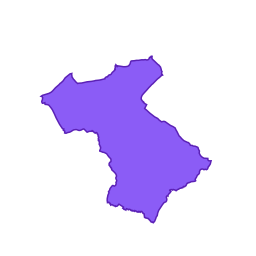 Mueang Sukhothai, Sukhothai, Thailand (Mercator projection), rotated 219°
{"feature_id": "78962969B37959209018419", "entity_name": "Mueang Sukhothai", "entity_type": "district", "adm_level": 2, "iso_a3": "THA", "parent_name": "Thailand", "parent_adm1": "Sukhothai", "projection": "mercator", "projection_center": [99.745, 17.015], "detail": "fine", "context": "isolated", "style": "filled", "palette": "violet", "viewbox_px": 256, "rotation_deg": 219, "n_neighbors": 0, "source": "geoboundaries", "source_scale": "gbopen_adm2", "svg_char_len": 5641}
<svg xmlns="http://www.w3.org/2000/svg" viewBox="0 0 256 256"><g transform="rotate(219 128 128)"><path d="M42.8,154.8L43.8,153.9L44.6,153.4L45.2,153.4L46.0,153.6L46.8,154.6L50.0,152.3L52.1,152.0L53.7,152.1L54.6,152.3L56.7,153.2L57.2,153.8L58.0,155.1L59.8,155.8L61.2,156.8L61.8,156.9L63.0,156.5L64.4,156.1L65.6,155.2L66.1,155.0L67.1,154.9L68.6,153.8L70.1,154.5L71.9,154.7L72.6,154.3L76.6,153.3L79.4,153.5L80.4,153.6L80.8,153.8L82.8,154.0L83.3,154.0L87.6,156.0L89.7,156.8L91.4,157.7L94.0,157.4L96.7,156.7L103.0,156.3L104.3,155.8L105.9,153.9L108.9,153.8L110.9,154.1L114.4,153.4L120.7,153.3L124.9,153.6L127.3,153.6L128.2,157.9L129.9,157.6L132.1,157.6L132.1,158.0L134.1,158.1L136.0,158.8L137.0,160.3L137.6,162.2L137.6,164.4L137.3,169.3L137.2,172.7L137.0,174.5L136.9,176.8L136.6,177.7L136.0,184.2L135.6,186.3L135.4,186.8L135.0,190.0L134.4,190.9L135.2,191.2L135.8,191.0L136.8,192.4L137.0,193.2L138.5,193.8L139.0,194.4L141.1,195.8L143.6,196.3L144.9,196.2L149.3,196.6L152.5,196.8L153.0,197.1L153.6,197.6L154.4,198.9L154.9,198.6L155.2,198.2L155.2,197.9L154.8,197.2L155.7,196.4L155.2,195.2L155.3,193.9L155.6,193.3L156.3,192.6L157.7,192.0L158.5,191.0L160.4,189.5L162.4,187.2L164.0,185.9L165.5,184.2L167.6,182.2L167.7,181.9L167.6,181.1L166.8,179.3L166.7,178.3L166.6,177.0L167.1,175.7L168.4,174.2L169.9,172.9L174.5,170.2L174.8,169.8L174.9,169.0L175.1,168.8L175.8,169.0L175.8,169.5L176.2,169.3L177.2,169.5L177.0,169.0L177.2,168.9L177.2,168.6L176.8,168.1L176.5,167.4L175.8,166.9L175.4,165.6L174.8,165.5L174.7,165.0L174.7,164.7L174.9,164.5L174.8,163.4L175.2,161.3L175.0,159.0L175.1,158.5L176.1,157.3L176.3,156.1L176.1,154.9L177.0,154.1L177.2,153.3L177.3,152.2L176.9,151.7L177.4,151.1L179.8,147.9L180.7,146.9L183.3,144.3L183.6,143.7L185.7,141.3L188.9,138.1L192.3,133.8L194.5,131.8L195.1,130.9L197.7,131.0L200.0,131.5L200.9,131.5L202.5,132.1L203.4,132.3L205.7,134.4L206.0,135.0L207.1,133.6L208.4,127.5L208.1,123.8L208.5,120.8L208.8,120.2L208.9,118.1L209.7,113.6L209.9,109.5L210.2,107.6L211.2,105.2L215.0,99.6L215.5,97.9L214.3,98.3L213.4,97.9L212.3,96.0L212.0,94.9L211.7,94.3L211.1,93.8L210.3,93.4L210.0,93.4L209.7,93.7L208.6,95.3L208.2,94.8L207.3,94.2L205.6,95.3L204.2,95.9L203.6,95.9L201.2,95.4L198.3,94.6L194.6,92.9L190.1,90.6L183.5,87.8L179.0,86.4L178.3,86.3L177.3,86.8L177.0,85.9L176.7,85.9L176.7,85.6L175.1,85.7L174.1,84.3L173.8,84.6L173.1,84.7L172.8,85.0L172.0,86.5L170.7,88.1L170.2,89.1L169.1,92.3L167.5,94.0L166.9,94.4L164.9,95.1L164.0,95.7L163.2,96.8L162.5,98.4L161.8,99.4L161.2,99.5L157.3,99.0L157.0,99.2L156.7,99.7L156.1,101.0L155.6,101.3L154.4,102.5L154.3,103.1L153.8,102.9L153.6,103.4L153.3,103.3L153.2,103.5L152.8,103.6L151.4,103.2L150.2,103.4L150.2,104.1L149.5,104.7L149.1,104.7L148.5,104.1L148.0,104.3L147.7,104.0L146.9,103.8L146.7,103.4L145.9,103.0L145.8,102.6L145.4,102.4L145.0,102.4L144.7,102.0L144.4,101.0L143.8,100.6L143.5,100.6L143.3,100.4L143.6,100.2L143.5,99.9L143.1,99.6L142.7,99.9L142.6,99.7L141.8,99.3L141.3,98.9L140.0,97.1L139.0,96.8L137.7,95.9L137.4,96.0L137.2,95.9L136.4,94.7L135.9,93.3L135.9,92.9L135.4,92.3L133.2,93.1L132.8,93.1L131.1,94.0L128.8,94.5L128.1,94.5L125.0,93.6L122.0,93.2L121.1,92.5L120.2,91.2L120.2,90.7L120.6,89.7L120.2,88.3L119.7,87.7L118.8,87.4L118.9,87.1L116.6,86.7L116.5,86.3L115.5,86.4L114.4,85.3L111.2,85.1L109.7,84.9L108.5,84.6L107.2,83.9L106.5,83.1L106.2,81.8L105.8,81.3L105.1,80.8L104.0,80.3L103.6,79.9L103.2,78.9L103.2,78.2L102.4,77.6L101.6,76.0L101.9,74.4L102.4,74.1L103.5,73.9L103.9,73.4L103.9,70.3L103.8,69.5L103.2,68.1L103.0,66.1L102.4,65.9L102.0,65.6L101.4,63.3L99.8,60.2L98.6,58.6L97.0,57.1L96.8,57.5L96.5,57.6L96.5,57.9L96.0,57.9L95.8,58.2L95.5,58.0L94.5,58.2L94.3,57.9L93.9,57.9L93.8,57.5L93.2,57.5L92.8,57.2L92.3,58.3L91.3,58.6L90.7,58.4L90.1,58.8L89.2,59.0L89.0,59.3L88.8,59.1L88.4,59.0L87.2,60.6L87.1,62.2L87.2,62.5L87.1,63.1L81.8,63.7L81.6,62.4L81.1,62.6L80.9,62.5L80.7,62.7L80.0,62.2L78.8,62.7L78.6,62.9L78.0,62.9L78.4,64.3L77.1,64.8L76.3,64.6L76.1,65.0L76.1,65.3L75.5,65.9L75.2,65.8L74.5,66.1L74.2,65.8L73.3,65.8L73.1,66.5L72.8,66.5L72.4,66.8L72.0,66.5L71.8,66.7L71.8,67.0L71.1,67.2L70.9,67.6L70.7,67.5L70.7,67.9L70.4,67.8L70.3,68.1L70.1,68.0L69.9,68.2L69.0,68.6L68.7,68.3L67.7,69.0L67.5,68.9L67.4,69.2L67.0,69.3L67.0,69.6L66.8,69.6L66.9,70.0L66.7,70.0L66.4,70.3L66.1,70.1L65.9,70.3L65.5,70.3L65.6,70.8L65.4,71.4L64.9,71.7L64.7,71.5L64.4,71.7L64.2,71.6L63.9,71.5L63.7,71.5L63.5,71.4L62.8,71.4L62.7,71.3L62.8,71.2L62.6,71.1L62.1,71.1L61.5,71.4L61.2,71.3L60.2,70.1L59.6,69.8L59.4,69.3L59.0,69.0L57.9,69.1L57.8,69.4L57.2,69.5L55.8,70.1L55.7,70.3L55.4,70.4L54.9,70.2L54.0,70.3L53.6,70.0L52.5,70.1L52.2,69.8L51.7,69.8L50.8,69.5L50.1,70.1L49.7,70.0L49.5,70.5L48.7,70.4L48.6,72.3L49.4,75.0L50.0,76.4L50.1,77.8L50.2,78.4L51.4,80.6L52.3,83.2L53.0,90.1L53.0,91.3L53.0,92.8L52.1,94.5L52.2,95.7L53.0,97.1L54.5,98.2L54.9,98.7L55.0,99.6L54.8,100.0L54.1,100.2L54.5,100.7L54.7,101.6L54.8,103.2L54.6,103.4L54.6,104.3L54.7,105.7L56.2,105.7L56.5,105.9L56.5,106.1L56.0,106.8L55.9,107.2L55.5,107.5L54.4,107.7L54.3,108.6L54.1,108.6L53.4,109.0L53.1,108.9L52.7,109.4L51.2,109.5L50.9,110.0L51.0,110.7L50.4,112.1L50.2,112.2L50.2,112.5L49.9,112.9L49.7,113.8L48.9,114.6L48.9,115.1L48.4,115.4L48.3,115.8L48.0,115.9L47.8,116.2L48.1,117.4L47.4,117.6L47.0,118.1L47.0,119.2L46.8,119.3L46.9,119.5L46.7,119.9L47.1,121.2L47.1,121.7L47.2,122.4L46.8,122.7L46.7,123.5L46.0,124.1L45.1,126.0L43.0,128.1L42.3,129.1L42.2,129.5L42.3,129.7L43.3,130.2L43.6,130.7L43.8,132.7L44.4,135.0L44.0,136.4L44.1,137.7L44.4,138.4L44.9,138.8L45.5,140.7L45.3,141.8L44.8,142.5L44.0,143.2L42.7,143.4L42.1,144.5L40.8,145.0L40.5,145.7L40.5,146.5L41.2,148.4L41.1,149.6L41.4,151.8L42.8,154.8Z" fill="#8b5cf6" stroke="#5b21b6" stroke-width="1.5"/></g></svg>